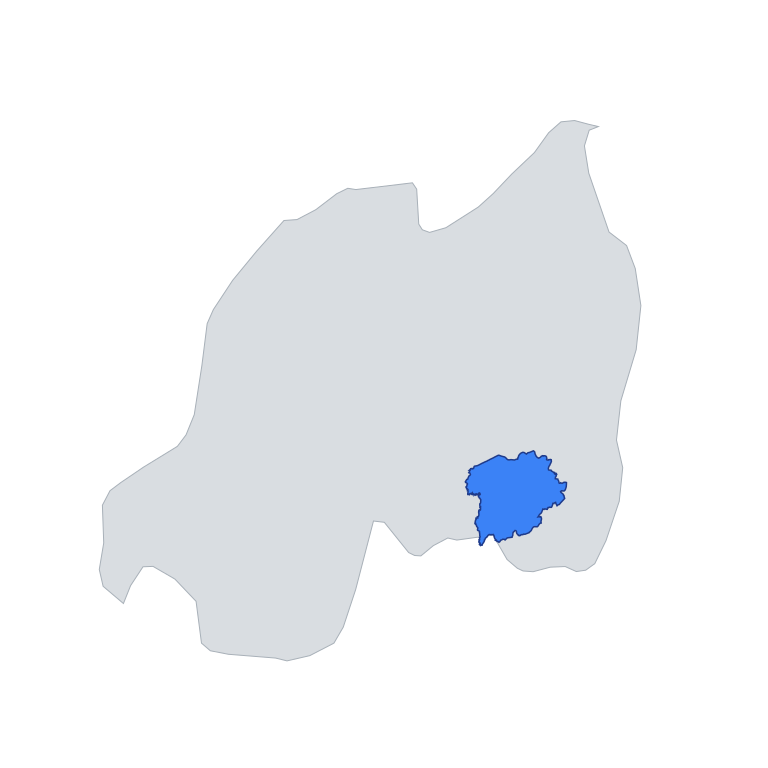 Ngoma, Eastern, Rwanda (highlighted), rotated 11°
{"feature_id": "39286606B28964371534134", "entity_name": "Ngoma", "entity_type": "district", "adm_level": 2, "iso_a3": "RWA", "parent_name": "Rwanda", "parent_adm1": "Eastern", "projection": "equal_earth", "projection_center": [30.488, -2.198], "detail": "fine", "context": "in_parent", "style": "filled", "palette": "blue", "viewbox_px": 768, "rotation_deg": 11, "n_neighbors": 0, "source": "geoboundaries", "source_scale": "gbopen_adm2", "svg_char_len": 7079}
<svg xmlns="http://www.w3.org/2000/svg" viewBox="0 0 768 768"><g transform="rotate(11 384 384)"><path d="M311.1,198.8L319.3,198.5L373.5,181.1L378.9,186.5L387.6,220.4L392.2,225.3L399.8,226.5L414.9,218.8L442.8,192.3L454.9,176.2L469.3,153.6L487.5,128.1L497.7,105.9L507.7,92.9L520.8,89.0L535.2,90.0L545.3,90.4L537.0,95.7L535.3,112.0L544.8,138.0L575.9,191.9L595.7,201.8L608.6,222.7L621.2,258.0L625.0,302.2L619.7,355.3L622.9,394.7L634.3,420.6L637.3,454.2L631.8,495.4L625.2,520.1L617.5,528.3L608.6,531.4L596.7,528.6L582.1,532.1L566.2,539.8L556.2,541.0L550.0,539.4L538.3,532.8L519.8,511.5L485.3,523.3L476.0,523.0L463.3,533.2L453.0,545.7L446.8,546.5L440.4,544.8L410.7,519.7L399.8,520.5L395.4,591.2L390.4,630.4L384.3,647.9L363.0,664.8L341.6,674.3L329.9,673.7L282.8,679.0L264.4,679.0L254.3,673.2L241.0,633.2L216.0,615.4L192.1,607.1L182.3,609.4L173.7,630.3L170.1,649.2L146.9,636.2L139.9,620.4L139.2,593.5L130.7,556.7L135.4,541.0L144.5,530.9L163.8,511.5L193.1,484.6L199.4,471.7L203.6,450.3L201.7,400.5L198.9,358.5L202.3,343.5L215.7,311.0L233.7,277.8L254.6,242.6L267.2,239.2L283.8,225.9L301.3,206.2L311.1,198.8Z" fill="#d9dde1" stroke="#a8b0b8" stroke-width="1"/><path d="M485.2,450.6L485.0,451.3L484.2,452.4L485.0,452.3L484.9,452.6L484.6,453.1L484.5,454.0L484.1,454.9L484.3,455.0L484.9,454.7L485.2,454.9L486.1,456.3L485.8,457.3L484.9,458.1L484.4,460.5L484.4,461.4L484.3,461.6L483.4,461.9L483.0,463.2L482.5,464.4L482.6,464.6L482.8,464.3L483.3,465.1L484.4,465.6L484.9,465.9L485.0,466.2L485.0,466.7L484.6,467.3L484.8,467.8L484.7,468.9L484.1,469.3L484.1,469.6L484.6,469.9L485.0,470.8L485.4,470.8L486.1,471.2L486.1,471.5L485.6,471.5L486.1,472.1L486.4,471.8L486.6,471.8L486.6,472.6L486.4,472.6L486.3,472.9L486.9,473.0L487.0,473.3L487.1,473.7L487.1,475.4L487.3,476.4L487.4,476.5L487.8,476.3L488.6,476.4L488.5,476.1L488.7,475.7L488.8,475.7L489.0,476.1L489.3,476.0L489.5,475.2L491.0,474.4L491.1,474.6L490.7,474.8L490.7,475.0L490.9,475.4L491.2,475.6L491.4,475.5L491.7,474.5L491.8,474.8L491.8,475.7L492.0,475.7L492.0,475.0L492.1,474.7L492.3,474.7L492.7,474.8L493.0,475.5L493.6,475.4L493.7,475.8L494.1,475.1L494.5,474.6L494.9,474.8L494.6,475.4L495.1,475.6L495.3,474.7L495.7,474.2L495.9,474.3L496.0,475.1L497.0,474.9L497.4,473.8L498.2,472.7L498.4,472.7L498.6,473.4L499.1,473.2L499.2,473.4L499.5,473.9L499.4,474.2L499.3,474.4L498.8,474.7L498.1,475.5L498.1,476.2L498.3,476.7L499.0,477.0L499.2,477.6L500.0,477.9L500.2,478.4L500.5,478.5L501.1,479.2L501.5,482.2L501.4,482.7L501.0,483.1L501.0,484.1L501.2,484.4L501.2,484.9L501.4,485.5L501.7,485.9L501.6,486.2L501.6,486.4L502.2,486.1L502.3,487.0L502.5,487.4L502.4,487.7L502.4,488.0L502.6,488.3L502.7,489.1L502.6,489.3L502.1,489.0L501.9,489.4L501.5,489.5L501.2,489.9L501.6,491.1L501.3,491.2L501.4,492.0L501.7,492.9L502.0,493.4L502.1,495.1L501.9,495.6L502.0,496.0L501.4,497.0L501.2,497.0L501.1,496.5L500.9,496.5L500.9,496.8L501.3,497.6L500.7,497.5L500.4,498.5L499.9,498.3L499.9,498.7L500.2,499.3L500.2,499.5L499.9,499.9L499.9,500.6L499.7,501.3L500.0,501.9L500.1,502.2L500.0,502.6L499.7,503.2L500.3,504.0L500.7,503.8L500.9,504.5L501.7,505.0L502.1,506.1L503.5,507.2L503.6,507.6L503.5,508.8L503.7,509.6L504.1,509.9L505.0,509.9L506.1,511.0L506.0,511.7L506.4,512.4L507.0,514.9L507.4,515.2L507.5,515.6L507.5,516.1L507.0,516.6L507.3,517.2L507.4,518.1L507.6,518.4L507.4,518.8L507.0,518.9L507.2,519.5L507.5,519.7L507.2,520.6L507.4,520.9L507.4,521.2L507.6,521.5L508.3,521.4L508.4,521.5L508.5,522.1L508.4,522.8L508.8,522.6L508.8,522.8L508.8,523.5L509.1,523.5L509.3,524.0L509.5,524.1L509.7,523.4L510.0,523.7L510.6,523.3L510.9,523.6L511.1,523.5L511.2,522.3L511.5,521.4L511.9,521.0L512.5,518.8L512.3,517.9L512.8,517.5L512.9,516.1L513.1,515.8L513.9,515.1L514.2,514.3L514.5,514.2L514.8,513.0L515.8,511.8L516.3,511.6L517.2,511.7L517.9,511.3L518.7,511.5L519.9,510.8L520.4,511.2L520.6,511.6L521.1,512.1L521.8,514.0L522.9,515.1L523.0,516.2L523.4,516.3L524.2,515.8L524.7,516.6L525.0,517.0L526.1,516.9L527.0,517.4L527.7,516.8L528.5,514.9L529.3,514.6L530.2,513.7L532.0,513.5L532.6,514.0L534.4,511.5L539.0,510.0L539.0,509.2L539.3,508.3L539.0,505.4L539.4,504.8L539.3,504.5L539.9,503.9L540.5,502.8L541.4,502.8L541.9,503.2L542.2,503.6L542.4,504.6L542.9,505.4L543.2,505.7L544.2,506.4L544.7,506.5L544.7,506.9L545.2,507.1L545.5,506.9L545.9,507.1L546.7,506.7L546.9,506.2L547.7,505.6L548.1,505.7L548.5,505.4L549.1,505.4L549.7,504.7L551.0,504.6L554.1,502.7L554.4,502.4L554.9,501.8L555.0,501.9L555.2,501.5L555.8,500.8L556.5,499.7L557.1,497.4L558.0,495.8L558.7,495.4L560.9,495.0L561.4,495.0L561.8,494.8L562.1,494.4L562.6,493.4L562.8,492.5L563.1,492.1L563.2,491.8L564.1,490.7L564.8,490.5L564.3,488.8L564.4,486.7L564.2,485.8L564.0,485.3L563.6,485.1L563.3,484.3L562.7,484.3L562.4,484.7L561.5,484.8L561.0,484.8L560.6,485.0L561.5,482.6L562.0,481.8L562.7,481.1L563.2,480.0L563.7,477.2L563.7,476.5L564.1,476.5L564.3,476.7L564.8,476.5L565.1,476.5L565.1,476.2L565.7,475.9L567.8,476.0L568.2,475.9L568.2,474.7L568.7,474.4L568.7,474.0L569.2,474.0L569.5,473.6L569.9,473.3L570.7,473.4L571.2,473.1L571.9,473.1L572.1,472.7L572.5,470.8L572.5,469.5L572.6,468.9L573.6,469.0L573.8,468.3L574.4,467.9L574.9,467.4L575.1,467.4L575.3,468.2L577.1,470.5L577.9,469.4L579.1,468.8L579.9,467.2L582.6,462.9L583.2,461.8L582.9,461.4L582.7,460.8L582.3,460.5L582.2,459.6L581.8,459.1L581.6,459.1L581.6,458.9L581.4,458.8L581.1,458.2L580.3,457.6L578.4,456.7L577.9,455.9L578.3,455.6L578.3,455.4L578.5,455.3L578.6,455.0L579.0,454.8L580.1,454.9L581.4,454.5L581.6,453.9L582.0,453.6L582.2,452.9L582.5,450.1L582.2,447.5L581.9,445.9L581.0,445.8L580.5,446.0L580.1,446.0L579.9,446.2L579.5,446.1L578.8,446.6L578.4,447.1L577.8,447.5L577.2,447.4L576.4,447.5L576.2,447.3L575.7,447.8L575.0,448.0L574.4,447.1L574.1,446.1L573.0,444.8L572.8,444.2L570.2,444.3L570.1,442.5L570.4,442.1L570.6,441.5L570.5,440.8L570.8,439.7L570.6,439.6L570.2,439.0L569.8,438.8L569.5,440.0L568.5,439.6L568.3,439.3L568.1,438.3L567.2,438.4L567.0,438.2L565.9,437.7L565.2,437.6L564.9,437.5L564.6,436.8L563.7,436.8L562.8,437.0L561.9,436.9L561.4,435.4L561.6,433.4L562.2,432.2L562.4,430.9L562.7,430.1L563.1,428.1L562.6,426.4L561.8,426.3L561.3,426.7L560.9,426.6L560.1,426.8L559.7,427.4L558.3,427.4L557.9,426.9L558.1,426.0L557.8,425.5L557.4,424.5L556.5,423.8L556.2,423.9L555.3,423.8L554.3,424.0L554.1,424.3L553.6,424.1L553.0,424.2L552.6,424.9L552.1,425.0L551.5,426.2L550.8,426.6L550.1,427.3L549.8,427.2L549.7,427.1L548.8,427.0L548.1,426.6L547.4,425.9L546.8,425.6L546.6,425.0L546.1,424.5L545.3,423.1L545.0,422.1L544.5,421.6L543.4,421.1L539.6,423.6L538.5,423.9L537.2,425.6L534.5,424.5L533.2,424.6L532.2,425.3L531.2,426.1L530.1,428.0L529.8,429.1L529.8,430.0L529.4,431.2L529.6,431.7L529.5,432.3L529.4,432.3L529.3,432.1L527.4,433.1L527.2,433.3L526.6,433.7L523.1,434.0L521.4,434.6L520.5,434.7L520.0,434.7L518.9,434.2L517.8,433.3L516.4,432.6L513.0,432.4L510.6,432.0L509.7,432.2L506.3,434.8L505.7,435.4L502.3,437.9L501.6,438.6L500.5,439.3L500.1,439.8L497.4,441.6L496.5,442.4L495.9,442.7L491.9,445.9L490.9,446.5L488.5,447.4L488.3,447.6L488.2,447.9L488.1,449.5L487.8,450.0L487.2,450.0L486.8,450.5L486.5,450.2L486.2,450.2L485.2,450.6Z" fill="#3b82f6" stroke="#1e3a8a" stroke-width="1.5"/></g></svg>